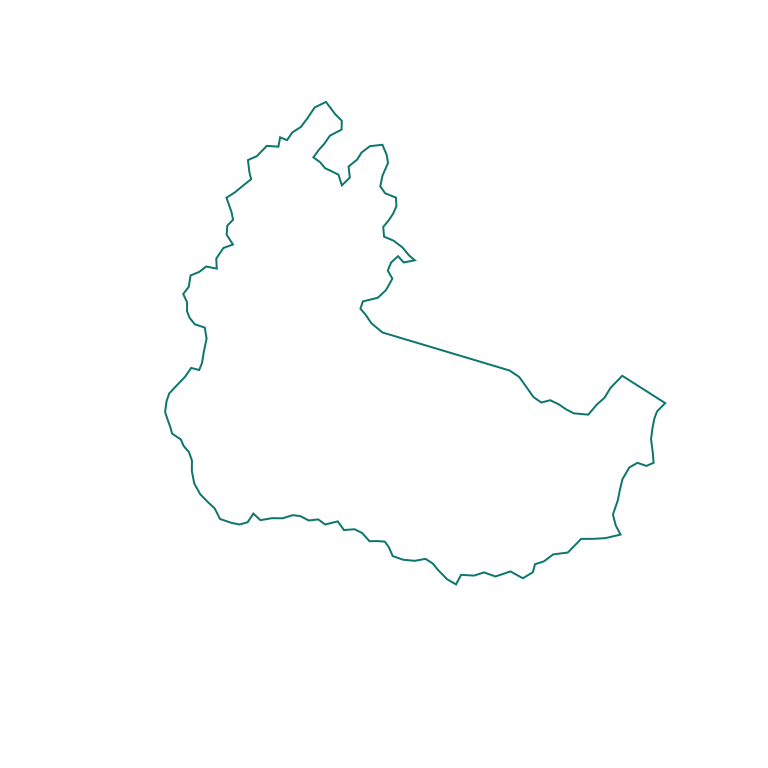 outline of Monte Carlo, Santa Catarina, Brazil, rotated 233°
{"feature_id": "56859067B19994928117719", "entity_name": "Monte Carlo", "entity_type": "district", "adm_level": 2, "iso_a3": "BRA", "parent_name": "Brazil", "parent_adm1": "Santa Catarina", "projection": "orthographic", "projection_center": [-50.914, -27.197], "detail": "fine", "context": "isolated", "style": "outline", "palette": "teal", "viewbox_px": 768, "rotation_deg": 233, "n_neighbors": 0, "source": "geoboundaries", "source_scale": "gbopen_adm2", "svg_char_len": 2302}
<svg xmlns="http://www.w3.org/2000/svg" viewBox="0 0 768 768"><g transform="rotate(233 384 384)"><path d="M639.3,472.1L640.1,462.2L637.1,453.3L643.5,449.5L637.1,442.5L644.7,433.7L642.5,419.6L644.7,410.1L634.4,404.1L627.5,401.1L627.3,392.3L626.8,380.1L627.6,370.3L619.7,367.8L612.8,365.6L606.0,362.3L604.8,354.2L598.0,348.2L586.3,347.3L589.3,337.5L585.1,325.5L576.8,319.9L584.8,312.7L584.7,304.1L587.1,294.8L579.1,286.6L576.7,277.8L567.7,275.9L560.7,270.5L553.9,268.6L545.6,268.8L536.9,274.8L527.0,269.6L518.0,259.3L510.3,251.3L506.4,244.8L512.9,239.7L509.5,229.5L507.3,215.9L505.7,206.7L501.2,200.1L493.5,192.4L485.7,189.7L478.7,187.6L471.9,184.9L462.0,188.4L455.2,186.7L446.9,187.2L438.5,184.6L430.2,178.2L418.8,172.6L406.6,170.9L395.5,172.3L386.5,173.9L374.9,171.8L364.9,178.6L358.7,184.1L355.7,191.9L359.1,201.7L349.6,203.4L344.3,213.7L337.8,222.2L334.1,232.3L328.8,237.7L320.3,241.8L315.4,250.0L307.2,252.5L302.1,264.4L291.5,264.1L285.7,273.1L278.1,276.9L267.2,277.8L262.6,284.1L257.6,289.8L250.5,289.6L241.3,287.4L232.1,293.6L224.3,302.1L219.4,311.9L211.3,314.9L203.3,315.2L190.1,316.9L180.6,320.9L185.2,330.7L176.8,340.6L173.4,350.4L163.2,357.2L158.2,372.2L145.3,378.0L144.1,389.7L149.2,396.1L146.1,405.1L146.1,416.6L138.8,429.3L140.3,439.6L141.7,448.2L134.7,457.5L127.6,468.2L121.4,482.3L131.8,484.0L142.0,488.3L150.3,500.6L157.6,508.8L164.5,517.2L169.7,529.7L168.5,539.0L160.7,544.2L158.8,551.9L168.2,557.8L179.3,564.1L187.3,572.0L193.7,579.1L197.8,585.6L199.5,597.1L247.2,579.2L244.6,562.6L240.3,551.8L239.5,541.6L236.6,528.7L246.3,518.0L253.6,514.4L262.4,511.4L271.0,507.0L274.5,498.5L283.6,495.5L295.8,495.9L308.3,496.2L319.2,492.4L426.0,413.8L440.1,410.5L450.3,411.0L458.3,410.5L462.7,416.8L456.6,431.0L457.8,442.1L463.1,454.1L472.3,455.3L476.8,462.9L477.6,472.1L469.2,472.9L464.3,483.0L471.6,481.4L482.1,480.9L492.7,477.9L501.6,472.7L509.9,477.9L511.8,486.0L514.5,493.7L518.6,501.0L525.7,505.7L535.6,499.7L544.1,500.0L551.3,508.2L558.1,520.2L565.3,524.0L576.0,526.7L582.4,515.9L582.4,505.4L579.4,497.7L579.0,486.6L569.4,480.9L568.0,469.9L578.5,473.6L585.3,470.3L591.8,466.8L599.4,466.5L607.5,464.0L610.2,472.8L611.7,480.6L614.9,490.3L612.7,503.2L619.6,508.7L629.0,507.4L636.6,507.4L644.2,507.4L646.6,495.1L642.4,483.1L639.3,472.1Z" fill="none" stroke="#0f766e" stroke-width="2"/></g></svg>